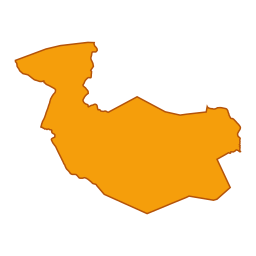 Pespire, Choluteca, Honduras
{"feature_id": "27666195B26352137717049", "entity_name": "Pespire", "entity_type": "district", "adm_level": 2, "iso_a3": "HND", "parent_name": "Honduras", "parent_adm1": "Choluteca", "projection": "albers", "projection_center": [-87.341, 13.59], "detail": "fine", "context": "isolated", "style": "filled", "palette": "amber", "viewbox_px": 256, "rotation_deg": 0, "n_neighbors": 0, "source": "geoboundaries", "source_scale": "gbopen_adm2", "svg_char_len": 5393}
<svg xmlns="http://www.w3.org/2000/svg" viewBox="0 0 256 256"><path d="M213.5,200.2L217.0,199.2L230.2,187.5L217.0,159.3L228.6,152.7L229.0,152.9L229.8,153.2L230.1,153.2L230.5,153.1L230.7,152.5L230.6,152.1L230.8,151.9L231.0,151.9L231.3,151.8L232.9,151.9L233.3,151.9L233.6,151.8L234.4,151.4L235.2,150.9L235.4,150.7L235.8,150.2L236.0,150.1L236.3,150.0L236.5,149.9L236.8,150.0L238.2,150.5L238.5,150.7L239.1,151.3L239.7,151.7L239.9,151.8L240.3,151.7L240.5,151.6L240.4,151.3L240.1,151.1L239.8,150.8L239.7,150.6L239.9,148.4L240.0,147.7L240.0,147.3L239.9,147.2L239.7,147.1L239.5,146.7L239.6,146.4L239.9,146.2L240.0,146.1L240.1,145.9L240.1,145.7L239.9,145.3L239.5,145.0L239.4,144.8L239.4,144.5L239.8,144.0L239.9,143.6L239.9,143.1L239.8,142.6L240.0,141.4L239.8,140.9L239.8,140.7L239.9,139.4L240.1,138.8L240.1,138.3L240.0,138.1L239.8,137.8L238.4,136.6L237.9,135.9L237.8,135.6L237.7,135.2L237.6,134.7L237.6,134.2L237.6,133.6L237.7,133.3L238.7,131.4L239.6,130.0L240.0,129.3L240.1,129.0L240.3,128.4L240.4,128.0L240.4,127.5L240.3,127.1L240.0,126.5L239.7,126.0L238.5,124.4L237.0,122.9L236.0,121.7L233.7,119.3L233.1,118.9L232.7,118.6L232.4,118.6L231.1,118.4L230.8,118.3L230.6,118.1L230.3,117.6L229.8,116.5L229.3,115.7L229.0,114.8L228.8,113.8L228.4,112.9L228.0,111.7L227.7,110.5L227.4,110.1L227.0,109.5L226.7,109.1L226.4,108.9L226.2,108.8L225.7,108.6L222.4,107.9L221.4,107.7L220.0,107.6L218.7,107.7L217.3,107.8L216.9,108.1L216.6,108.3L215.4,108.8L215.0,108.9L214.4,109.0L213.2,109.0L212.4,108.7L211.8,108.7L210.9,108.6L210.2,108.5L209.0,108.1L208.5,107.9L208.0,107.5L207.4,107.0L207.2,106.6L206.2,112.0L186.6,114.2L180.1,115.1L165.2,111.8L137.1,96.8L108.2,112.3L107.9,112.2L107.5,112.1L106.2,111.3L105.8,111.2L105.6,111.1L105.2,111.1L104.7,111.1L103.6,111.4L103.1,111.4L102.2,111.3L101.3,111.2L100.7,110.9L100.2,110.1L99.6,109.8L99.4,109.7L99.2,109.6L98.9,109.6L98.5,109.8L98.3,109.7L98.1,109.7L97.9,109.4L97.7,108.9L97.5,108.0L97.2,106.4L97.0,105.5L96.7,105.1L96.4,104.7L96.0,104.5L95.5,104.3L95.2,104.2L94.9,104.2L94.5,104.3L94.1,104.4L93.5,104.7L93.1,104.9L92.7,105.1L92.2,105.2L91.6,105.3L91.1,105.5L90.7,105.6L89.5,106.4L88.8,106.5L88.6,106.6L88.5,106.8L88.3,106.8L88.2,106.7L88.1,105.5L87.9,105.0L87.7,104.7L87.3,104.5L85.6,103.9L84.4,103.0L84.0,102.6L83.5,101.8L83.3,101.4L83.1,100.8L83.0,100.2L83.0,99.8L84.7,96.7L85.1,96.2L85.6,95.6L86.9,94.3L87.6,93.9L88.0,93.5L88.2,93.4L88.2,93.2L88.1,91.6L87.9,91.0L87.5,90.4L87.2,90.0L86.5,89.3L85.9,88.4L85.5,87.9L85.3,87.7L84.6,87.2L83.3,86.0L83.2,85.8L83.1,85.5L83.0,85.3L83.0,85.1L83.0,84.9L83.3,84.4L84.0,83.3L84.4,82.3L84.7,81.5L85.1,80.8L85.5,80.2L86.0,79.6L86.7,78.9L87.3,78.3L87.7,78.0L88.2,77.7L88.5,77.6L89.0,77.6L90.4,77.8L90.6,77.7L90.9,77.6L91.0,77.4L91.1,77.2L91.3,75.1L91.3,74.0L91.5,73.2L91.5,72.3L91.6,71.7L91.5,71.4L91.1,70.9L90.8,70.7L90.7,70.6L91.0,69.9L92.8,67.3L93.4,66.4L93.4,66.1L93.2,65.3L93.0,63.9L92.8,63.2L92.5,62.5L91.7,60.8L91.2,59.8L91.0,59.2L90.9,58.6L90.8,58.1L90.9,57.6L91.0,57.1L91.5,55.5L91.8,53.3L92.1,52.4L92.2,52.2L92.5,52.0L92.8,51.9L93.4,51.9L94.0,51.9L95.0,51.9L95.8,51.9L96.1,51.7L96.7,51.0L97.1,50.5L97.2,50.3L97.2,49.9L97.1,49.2L96.9,48.5L96.0,47.3L95.5,46.7L95.0,46.4L94.2,44.7L94.0,43.7L94.2,42.6L87.8,42.4L60.3,45.6L46.0,49.0L15.4,60.4L15.5,61.8L15.9,62.1L16.2,62.5L16.5,62.9L16.7,63.3L16.9,64.2L17.1,66.2L17.2,66.5L17.3,66.7L18.6,68.6L19.1,69.4L19.5,70.3L19.8,70.9L20.2,71.2L20.6,71.5L21.0,72.0L23.1,73.7L23.8,73.8L27.1,74.6L27.7,74.8L28.2,75.0L29.4,75.9L32.5,78.4L33.4,79.0L34.1,79.6L34.8,79.9L35.7,80.2L36.6,80.4L39.5,81.4L40.1,81.5L40.9,81.5L41.8,81.5L42.9,81.2L43.6,81.0L43.9,81.0L44.0,81.1L44.0,82.1L44.2,82.6L44.5,82.8L45.4,83.3L45.6,83.7L46.0,84.1L46.6,84.5L47.5,84.9L48.6,85.4L49.6,85.9L50.7,86.5L54.0,88.3L55.0,89.1L55.4,89.4L55.5,89.6L55.5,89.8L55.5,90.3L55.3,91.9L55.1,92.5L54.9,92.7L53.5,94.2L53.0,94.9L52.7,95.3L52.5,95.7L52.2,96.1L52.0,96.4L51.5,97.4L50.6,99.0L50.4,99.8L50.1,101.0L49.8,101.9L49.7,102.7L49.5,103.3L48.7,105.4L47.8,108.4L47.4,109.4L46.1,112.8L45.7,114.3L44.7,117.2L43.9,119.0L42.5,121.6L42.2,122.7L41.8,123.6L41.2,126.0L41.0,126.7L40.9,126.9L41.1,127.3L41.4,127.3L41.9,127.3L42.3,127.4L42.6,127.6L42.8,127.9L43.0,128.0L43.4,128.2L44.0,128.4L44.6,129.0L45.5,128.9L45.8,128.9L46.8,129.4L47.0,129.5L47.2,129.4L47.6,129.2L47.9,129.1L48.4,129.0L48.7,129.0L48.8,129.0L49.0,129.2L49.4,129.6L50.6,129.8L51.2,129.9L51.5,130.0L51.8,130.4L51.8,130.5L51.7,130.9L51.6,131.2L51.7,131.6L51.9,132.0L51.9,132.5L52.1,132.8L53.2,133.6L54.2,134.1L54.6,134.5L54.8,134.7L54.9,135.0L54.9,135.3L54.8,136.7L54.8,137.0L54.7,137.2L54.4,137.3L53.2,137.8L52.0,138.5L51.7,138.8L51.4,139.2L51.4,139.5L51.4,139.8L51.7,140.5L52.6,142.4L53.1,143.3L53.6,143.9L54.9,145.7L55.4,146.2L55.7,146.7L57.1,149.7L57.6,150.7L58.0,151.6L58.5,152.6L61.3,158.2L62.2,160.1L63.1,161.8L63.5,162.9L64.0,163.9L64.8,165.0L65.3,166.5L65.7,167.3L66.0,168.0L66.7,169.1L68.5,170.9L69.9,172.6L70.1,172.9L70.2,173.3L70.3,173.5L71.7,174.2L72.0,174.3L72.6,174.4L74.8,174.4L75.6,174.5L76.1,174.6L76.4,174.8L76.7,175.1L77.5,175.9L79.0,177.7L79.2,177.9L79.4,178.0L79.9,178.1L80.6,178.2L81.8,178.2L82.6,178.2L83.0,178.1L83.8,177.8L84.3,177.7L84.6,177.7L85.3,177.9L86.2,178.2L86.9,178.6L87.9,179.2L89.3,180.3L91.6,182.3L92.3,183.1L92.7,183.4L93.1,183.6L95.7,184.3L96.0,184.5L96.3,184.7L96.5,185.0L96.6,185.4L104.2,194.3L124.2,203.3L147.1,213.6L171.7,203.4L186.6,197.3L189.0,196.1L213.5,200.2Z" fill="#f59e0b" stroke="#b45309" stroke-width="1.5"/></svg>